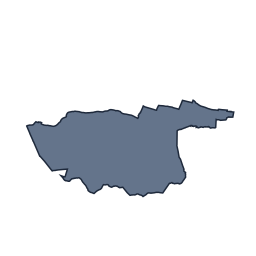 the district of Tacuta, Vaslui, Romania, rotated 312°
{"feature_id": "2599482B23186583310189", "entity_name": "Tacuta", "entity_type": "district", "adm_level": 2, "iso_a3": "ROU", "parent_name": "Romania", "parent_adm1": "Vaslui", "projection": "equal_earth", "projection_center": [27.668, 46.938], "detail": "fine", "context": "isolated", "style": "filled", "palette": "slate", "viewbox_px": 256, "rotation_deg": 312, "n_neighbors": 0, "source": "geoboundaries", "source_scale": "gbopen_adm2", "svg_char_len": 5741}
<svg xmlns="http://www.w3.org/2000/svg" viewBox="0 0 256 256"><g transform="rotate(312 128 128)"><path d="M48.0,81.2L48.2,81.4L47.4,88.3L45.7,98.2L45.4,100.3L45.8,100.3L46.4,101.0L47.4,101.9L47.6,102.2L48.5,102.8L50.3,104.3L54.2,107.9L56.9,110.5L50.5,113.5L49.5,113.8L48.8,112.7L47.7,110.1L47.5,111.6L47.6,112.2L47.3,113.2L47.4,113.5L47.1,113.9L46.9,114.8L46.9,115.1L46.8,115.6L46.8,115.9L47.0,116.6L47.2,116.8L47.2,117.1L47.4,117.2L48.6,119.4L49.4,120.2L50.5,120.1L52.6,120.2L53.2,120.6L53.2,120.8L54.1,121.4L54.5,121.5L54.7,121.9L55.2,122.1L55.5,122.5L56.5,123.2L56.8,123.7L57.2,124.1L58.2,124.8L58.4,125.5L58.4,126.4L58.5,127.0L58.4,128.0L58.0,128.9L57.5,130.7L57.4,131.9L57.1,133.5L57.1,134.6L56.8,135.7L55.9,137.9L55.8,138.8L55.0,139.9L54.8,140.3L54.9,141.9L55.1,143.2L56.0,144.8L56.3,146.1L56.6,146.4L56.7,146.6L57.7,146.7L59.8,146.9L61.2,147.3L62.7,147.8L63.3,148.2L63.8,148.4L64.1,148.5L65.6,148.6L67.3,148.1L69.1,147.7L69.5,147.7L70.2,148.8L70.9,149.5L71.8,150.1L72.2,150.6L72.5,151.4L72.4,151.9L72.2,152.1L72.2,152.4L72.2,152.6L72.1,152.8L72.2,153.0L72.4,153.9L72.9,155.3L73.3,155.6L75.2,156.3L75.3,156.5L75.5,156.6L75.6,156.8L76.5,157.4L76.8,157.8L77.1,158.4L77.2,158.5L77.5,158.9L77.7,160.2L77.7,160.8L77.8,161.0L78.0,161.1L78.0,161.7L79.7,163.2L79.8,163.2L80.5,163.8L79.8,168.2L79.4,170.8L79.3,174.5L80.1,175.2L80.7,175.5L81.2,176.1L82.0,176.8L82.7,177.7L83.2,178.1L83.6,178.3L85.0,178.8L85.2,179.0L85.7,179.7L86.0,180.8L86.2,181.5L87.0,182.9L87.2,184.1L87.1,184.7L87.1,185.0L90.6,186.0L92.4,186.1L93.4,186.6L93.8,187.0L94.5,188.1L95.3,189.0L97.6,191.0L98.9,191.9L100.2,193.3L100.5,193.6L101.6,195.4L103.0,197.3L114.6,195.8L114.8,196.1L115.8,196.8L116.4,196.9L116.8,197.1L116.8,197.8L116.8,198.2L117.3,198.8L117.6,199.8L118.2,200.2L120.1,201.9L120.4,202.3L120.6,203.0L120.9,203.3L121.0,203.8L121.3,203.9L121.9,204.3L123.0,204.6L124.4,204.5L125.1,204.3L126.4,204.2L130.1,203.7L130.9,202.7L132.0,201.9L132.5,201.0L132.8,201.0L132.9,200.8L133.3,200.7L133.5,200.5L133.3,199.0L133.3,198.5L134.0,197.8L134.4,197.6L134.5,197.1L134.9,196.9L135.1,196.7L135.5,195.8L135.9,195.2L136.1,194.6L139.9,187.9L140.5,185.5L144.2,180.8L147.6,176.1L147.8,175.9L148.3,175.6L156.6,168.3L158.8,166.4L159.5,166.5L160.2,166.7L161.8,167.6L162.1,167.9L162.1,168.1L162.8,168.6L163.5,168.8L165.2,169.7L166.0,170.0L166.2,170.3L166.9,170.5L169.1,171.7L170.6,172.4L171.0,172.6L171.2,172.9L171.3,173.4L171.8,173.1L172.0,173.5L172.3,173.4L172.5,173.6L172.7,173.9L172.6,174.3L172.8,174.6L172.6,174.9L172.9,175.2L172.9,175.4L172.9,175.5L173.2,175.6L173.4,175.9L173.8,176.1L174.0,176.3L174.5,176.6L174.6,177.0L174.8,177.2L175.2,177.9L175.2,178.1L174.8,178.3L174.2,178.4L174.6,178.8L174.8,179.3L175.3,180.3L176.4,180.9L176.5,181.0L177.3,181.4L177.6,181.4L177.6,181.6L178.1,182.0L178.2,182.5L178.4,182.6L178.5,183.0L178.8,183.2L178.9,183.5L179.1,183.5L179.3,183.7L179.8,183.9L180.3,184.3L180.4,184.5L180.6,184.4L180.7,184.5L180.8,184.7L180.9,185.0L181.2,185.3L181.6,186.0L181.8,186.2L182.1,186.3L182.6,186.6L182.4,186.8L182.5,187.0L182.8,187.1L182.9,187.3L182.9,187.5L183.2,187.8L183.1,188.5L183.0,188.8L183.1,189.3L184.1,190.1L184.7,190.5L186.0,192.2L186.3,192.5L186.8,192.8L187.1,192.8L191.8,189.0L193.4,187.8L193.6,188.4L193.9,188.9L194.7,189.7L194.9,190.0L195.6,191.6L199.5,195.3L200.7,195.1L201.1,194.9L201.6,194.6L202.2,194.9L202.7,195.0L203.3,195.3L203.5,195.6L203.8,195.6L204.0,196.2L204.6,196.9L206.2,198.6L210.6,195.9L208.8,193.5L209.1,193.4L208.5,192.6L208.3,192.7L206.7,190.4L207.7,189.8L204.4,185.5L202.6,182.9L202.2,182.7L201.8,182.9L201.8,183.0L201.4,183.2L200.0,181.0L198.7,179.4L198.3,178.7L197.8,178.1L197.1,176.7L196.4,175.2L196.1,174.7L194.9,171.4L194.4,170.3L193.9,169.3L193.0,167.4L192.9,167.0L192.7,166.0L192.5,165.1L192.4,163.2L192.0,161.7L192.1,161.3L192.4,160.3L192.4,159.9L192.4,158.9L192.2,157.8L189.6,158.7L189.4,158.1L185.0,150.0L180.9,151.5L175.9,153.2L175.3,151.8L174.2,149.7L173.4,148.1L173.2,147.6L173.2,147.2L172.5,146.0L171.6,144.7L170.6,142.8L169.3,141.4L168.3,139.7L167.4,138.5L166.2,137.0L165.3,135.7L164.2,135.9L161.5,136.7L160.3,137.3L160.0,136.9L159.6,136.1L159.0,134.7L155.8,128.1L155.0,126.4L154.6,124.6L152.5,125.4L147.9,126.9L147.8,126.7L146.8,127.0L146.0,126.8L145.2,127.2L144.1,127.3L143.8,127.7L143.4,128.3L143.1,128.5L141.7,128.8L141.3,127.1L140.9,126.1L140.9,125.7L140.6,124.6L140.2,123.1L139.7,121.8L139.1,120.9L138.6,120.1L137.2,117.6L136.0,115.9L135.2,114.4L134.9,113.1L134.9,111.8L135.1,111.4L134.1,108.9L133.3,107.9L132.6,107.3L132.5,106.8L131.7,105.2L130.3,103.1L130.0,102.8L128.9,102.0L127.8,101.8L127.1,101.4L126.6,101.1L125.7,100.1L124.7,99.3L123.5,98.7L123.2,98.5L122.8,98.2L121.9,97.0L121.3,96.3L120.8,95.4L120.7,95.4L120.1,94.5L119.0,93.5L118.5,93.2L118.0,92.9L117.9,92.7L115.8,91.3L115.5,91.0L115.5,90.8L115.3,90.7L113.1,88.7L112.3,87.8L110.9,86.5L110.5,85.8L110.3,85.6L109.8,84.7L108.7,83.4L108.6,83.1L108.3,82.9L108.2,82.5L108.2,82.4L108.1,82.2L107.5,81.0L107.4,80.6L107.0,80.2L106.7,79.8L106.7,79.7L105.7,78.4L105.2,77.6L104.6,77.0L103.7,76.5L103.6,76.2L102.8,75.4L101.4,74.4L100.4,73.6L99.6,73.2L98.8,73.0L97.8,73.1L96.5,73.5L95.8,73.9L95.5,74.3L95.3,74.5L94.6,74.5L92.0,73.2L91.0,72.9L89.2,72.9L88.5,73.1L87.8,73.4L87.4,73.5L85.6,73.2L84.6,73.2L83.5,73.2L81.8,72.9L80.3,72.2L79.4,71.5L79.1,71.2L78.1,69.5L77.6,68.6L76.9,67.7L76.5,66.8L76.3,66.5L75.6,65.9L75.0,65.1L74.4,64.3L73.9,63.4L73.0,60.9L73.1,60.7L73.3,60.6L73.6,60.1L74.1,60.1L73.8,59.2L73.7,58.9L73.2,58.4L72.6,57.5L72.2,57.8L71.9,57.4L71.5,56.8L71.0,55.4L69.1,55.3L67.3,55.4L66.8,55.2L66.0,54.7L65.0,53.7L64.7,53.3L64.1,52.7L63.7,52.5L63.3,52.2L63.1,52.1L62.9,51.9L62.0,51.4L61.7,51.4L58.6,58.1L58.0,59.2L55.7,64.4L55.5,65.0L55.3,65.2L54.7,66.3L54.7,66.7L49.0,79.1L48.0,81.2Z" fill="#64748b" stroke="#1e293b" stroke-width="1.5"/></g></svg>